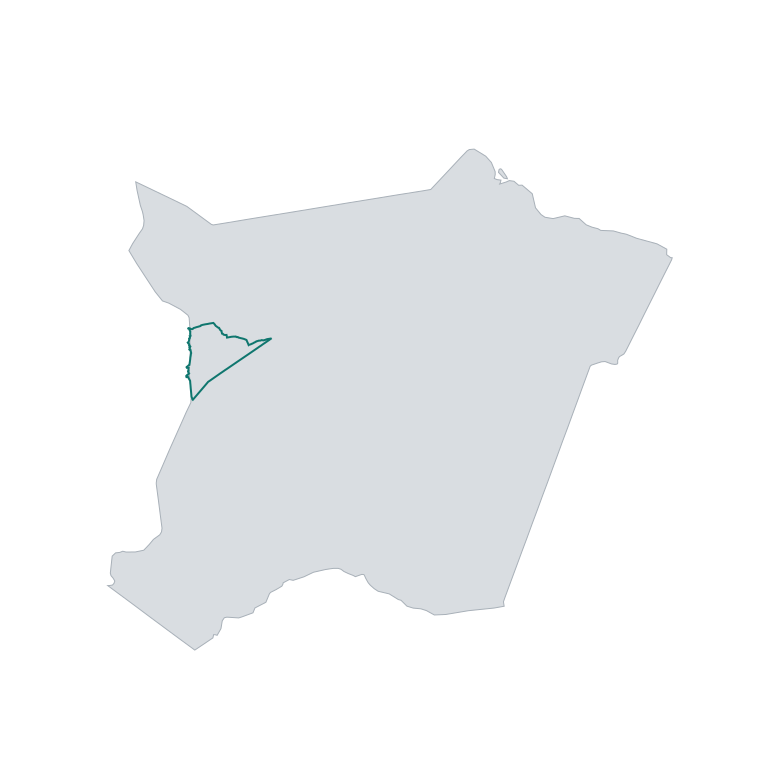 Moyale, Eastern, Kenya shown in context, rotated 261°
{"feature_id": "3690345B29556459221230", "entity_name": "Moyale", "entity_type": "district", "adm_level": 2, "iso_a3": "KEN", "parent_name": "Kenya", "parent_adm1": "Eastern", "projection": "orthographic", "projection_center": [39.031, 2.902], "detail": "fine", "context": "in_parent", "style": "outline", "palette": "teal", "viewbox_px": 768, "rotation_deg": 261, "n_neighbors": 0, "source": "geoboundaries", "source_scale": "gbopen_adm2", "svg_char_len": 7752}
<svg xmlns="http://www.w3.org/2000/svg" viewBox="0 0 768 768"><g transform="rotate(261 384 384)"><path d="M145.7,467.9L145.5,457.7L146.9,431.8L146.7,409.0L148.0,397.6L153.6,390.4L156.2,385.2L158.1,377.8L161.0,371.9L167.7,367.0L168.9,364.4L175.9,356.3L180.2,345.8L183.4,342.3L187.4,339.0L190.2,337.3L194.8,335.6L198.5,334.6L199.1,333.8L199.4,332.1L198.2,325.6L199.8,323.5L202.3,319.2L205.1,315.1L207.7,312.6L209.1,309.9L209.8,305.4L209.9,302.1L209.9,296.9L209.1,284.9L206.1,274.8L204.3,263.6L205.7,259.9L203.4,253.3L202.2,252.9L200.3,251.5L197.8,245.2L196.0,239.6L194.9,238.1L186.9,233.2L183.0,221.5L178.5,218.8L176.2,207.2L175.7,203.9L178.3,192.3L178.1,189.7L175.4,187.2L167.9,184.7L161.9,179.9L162.7,178.2L163.1,176.5L160.0,175.3L150.8,155.5L162.8,143.6L175.0,131.6L190.5,116.4L204.8,102.5L217.1,90.4L228.1,79.6L227.9,81.7L227.9,84.4L229.3,86.1L231.5,87.3L234.6,86.1L237.4,84.4L240.0,84.1L256.5,88.6L259.2,92.5L259.0,96.7L259.7,99.8L258.4,102.9L257.0,112.1L257.4,120.7L262.2,127.0L266.6,132.0L270.1,138.9L272.7,141.1L276.3,142.2L287.6,142.5L304.4,143.0L320.5,143.4L322.0,143.6L325.4,144.6L340.2,154.0L353.8,162.6L365.3,170.1L376.5,177.4L387.3,184.4L395.8,190.3L404.1,192.1L417.6,193.0L426.9,193.2L435.6,195.7L448.4,198.0L458.0,199.2L463.8,200.5L479.9,201.9L482.6,201.1L489.6,194.6L497.6,184.0L500.7,178.2L510.9,172.4L528.9,164.3L541.6,158.6L555.7,152.9L562.1,157.8L571.0,165.8L575.0,169.7L578.2,171.4L583.0,172.6L588.8,172.6L592.0,172.4L598.5,171.3L613.8,170.4L622.5,170.4L615.2,181.0L606.5,193.6L590.3,217.0L578.0,229.2L568.6,238.5L567.8,240.2L567.8,250.5L568.0,275.7L568.2,326.2L568.5,376.6L568.7,427.0L568.7,452.1L568.8,460.6L577.0,471.2L585.0,481.5L595.6,495.1L601.2,502.5L602.2,504.9L601.9,509.8L593.1,520.1L586.0,524.7L576.4,527.0L573.5,526.6L569.7,525.1L568.2,527.6L567.1,531.4L565.0,530.6L563.4,529.5L564.4,536.3L565.3,539.6L563.9,544.1L559.2,548.1L558.8,551.5L548.7,560.2L534.3,561.2L526.8,565.6L523.5,569.1L520.9,576.9L521.8,588.9L517.8,598.0L517.0,602.6L509.6,608.6L506.3,614.1L503.9,619.6L501.8,622.1L499.3,634.5L495.8,642.1L494.9,644.6L494.0,646.8L491.4,651.3L489.6,654.3L488.4,656.3L479.7,675.6L472.9,684.4L467.5,683.4L464.0,686.8L463.6,688.4L461.7,687.5L457.2,684.3L448.1,677.7L438.9,671.1L429.8,664.6L420.6,658.0L411.4,651.4L402.2,644.9L393.1,638.3L383.9,631.7L378.5,627.8L376.1,625.6L374.3,621.0L373.3,619.9L370.9,618.5L368.0,618.1L367.2,617.3L367.2,615.1L368.2,611.9L371.6,605.9L371.9,602.4L371.3,598.3L370.2,591.9L369.3,590.4L363.2,587.0L350.5,579.9L337.7,572.8L325.0,565.7L312.2,558.6L299.5,551.4L286.7,544.3L274.0,537.2L261.2,530.1L248.5,522.9L235.7,515.8L223.0,508.6L210.2,501.5L197.5,494.3L184.8,487.2L172.0,480.0L159.3,472.9L154.5,470.2L150.2,467.9L145.7,467.9ZM569.6,537.5L567.4,538.0L568.6,534.6L575.1,530.2L577.8,531.2L578.3,532.2L578.2,533.1L577.0,534.0L569.6,537.5Z" fill="#d9dde1" stroke="#a8b0b8" stroke-width="1"/><path d="M446.2,268.4L446.3,268.2L446.3,267.9L446.3,267.7L446.4,267.4L446.4,267.0L446.4,266.8L446.4,266.7L446.3,266.4L446.2,266.2L446.2,265.5L446.2,265.4L446.1,265.2L446.1,264.8L446.1,264.6L446.0,264.4L445.9,264.2L445.8,263.9L445.7,263.9L445.6,263.6L445.6,263.4L445.3,262.8L445.2,262.6L445.2,262.4L445.2,262.2L445.0,261.6L444.8,261.3L444.7,260.9L444.6,260.7L444.5,260.4L444.5,260.2L444.4,259.9L444.4,259.6L444.3,259.2L444.2,259.1L444.1,258.9L444.1,258.7L444.0,258.4L444.0,258.2L443.9,257.5L443.9,257.0L443.8,256.8L443.6,256.4L444.9,256.1L446.2,255.8L446.7,255.6L447.7,255.4L448.3,255.2L448.6,255.1L448.8,255.1L449.1,255.0L449.2,254.7L450.0,253.5L450.1,253.2L450.3,252.9L450.6,252.5L450.8,251.8L451.0,251.5L451.9,249.2L452.0,249.0L452.3,248.4L452.4,248.0L452.6,247.6L452.7,247.4L453.0,247.2L453.3,246.9L453.3,246.7L453.3,246.3L453.3,246.1L453.4,245.8L453.5,245.6L453.6,245.4L453.9,245.1L454.1,245.0L454.1,244.9L454.1,244.6L454.4,242.5L454.4,242.2L454.5,240.8L454.5,240.6L454.4,236.5L454.4,236.2L455.1,236.2L455.6,236.2L456.1,236.2L456.4,236.2L456.7,236.1L456.8,236.1L457.1,236.1L457.1,235.6L457.2,235.4L457.2,235.1L457.3,234.6L457.4,234.3L457.5,234.0L457.6,233.8L457.7,233.7L457.8,233.3L457.9,233.2L458.0,233.1L458.3,233.0L458.5,232.9L458.8,232.7L459.0,232.3L459.1,232.1L459.3,232.0L459.3,231.9L459.5,231.9L460.4,231.8L461.4,231.8L461.9,231.8L462.1,231.5L462.2,231.3L462.3,231.2L462.5,231.1L462.9,230.8L463.0,230.7L463.4,230.5L463.5,230.4L463.8,230.4L464.3,230.2L464.5,230.1L464.8,230.0L465.0,230.0L465.2,229.9L465.3,229.8L465.3,229.5L465.3,229.4L465.5,229.2L466.3,228.3L466.8,227.9L467.2,227.5L467.4,227.3L467.6,227.0L467.7,226.9L468.9,226.3L469.1,226.3L469.4,226.1L469.6,226.0L469.8,225.8L470.2,225.6L470.5,225.4L470.8,225.1L471.0,225.0L471.0,224.9L471.0,224.0L471.0,223.3L471.0,222.3L471.0,221.0L470.9,219.6L470.9,218.8L470.9,216.9L470.8,214.3L470.8,214.1L470.7,213.5L470.6,212.8L470.6,212.6L470.5,212.4L470.4,212.2L470.1,212.0L470.0,211.9L469.9,211.5L469.9,211.1L469.8,210.9L469.8,210.5L469.8,210.3L469.6,209.2L469.6,208.6L469.3,206.5L469.2,206.2L469.1,204.9L469.0,204.7L468.9,204.5L468.8,204.3L468.6,204.2L468.3,203.6L468.3,203.4L468.3,203.2L468.2,203.0L468.2,202.8L468.2,202.7L468.4,202.2L468.5,201.9L468.9,201.4L469.1,201.1L469.3,201.0L469.4,200.8L469.4,200.7L469.5,200.4L469.6,200.2L469.8,199.8L469.8,199.7L469.7,199.5L469.6,199.4L469.4,199.3L469.2,199.5L469.0,199.9L468.9,200.0L468.5,200.5L468.3,200.6L468.1,200.6L467.8,200.4L467.6,200.4L467.2,200.5L466.9,200.6L466.4,200.8L466.2,200.9L465.9,200.8L465.6,200.7L465.3,200.7L465.0,200.7L464.7,200.6L464.3,200.5L464.1,200.5L464.0,200.4L463.7,200.3L463.4,200.4L462.7,200.4L462.2,200.5L461.8,200.5L461.7,200.4L461.6,200.0L461.6,199.7L461.1,199.8L460.9,199.8L460.6,199.7L460.1,199.5L459.7,199.2L459.4,199.2L459.3,198.8L459.3,198.6L459.2,198.6L458.8,198.6L458.7,198.5L458.4,198.5L458.1,198.5L457.8,198.4L457.4,198.2L456.7,197.9L456.2,197.5L456.1,197.3L455.8,197.1L455.7,196.9L455.6,196.7L455.4,196.8L455.2,196.8L455.0,197.0L455.0,197.3L454.9,197.3L454.7,197.3L454.7,197.5L454.3,197.5L454.1,197.6L453.8,197.8L453.6,197.9L453.3,197.8L453.0,197.7L452.9,197.6L452.5,197.5L452.2,197.8L451.6,197.8L451.6,198.5L451.4,198.6L451.2,198.4L451.1,198.2L450.8,198.2L450.6,197.7L450.3,197.9L450.0,197.8L449.8,197.8L449.4,197.7L449.2,197.7L448.9,197.3L448.6,197.4L448.4,197.2L448.3,197.3L447.9,197.6L447.9,197.8L447.9,198.2L446.1,198.3L444.7,198.4L443.9,198.0L442.5,197.6L441.3,197.2L440.8,197.0L438.5,196.4L433.7,194.9L433.3,194.8L433.2,194.4L433.2,194.2L432.0,192.5L431.8,191.8L431.7,191.7L431.3,191.6L430.8,191.9L431.0,192.6L430.6,193.1L430.4,193.5L430.0,193.3L428.8,193.1L427.9,192.9L427.7,193.0L427.5,192.8L427.4,192.6L427.3,192.4L427.1,192.4L427.1,192.5L426.9,192.6L426.8,192.8L425.4,192.7L425.2,192.9L425.1,192.7L424.8,192.5L424.6,192.6L424.4,192.3L424.1,192.3L424.0,192.2L423.9,191.7L423.5,191.0L423.5,190.6L423.0,190.3L422.8,189.9L421.7,190.0L421.6,190.5L421.8,190.6L421.8,190.8L421.8,191.0L421.8,191.3L421.8,191.5L421.4,191.7L420.8,191.8L419.3,192.3L417.4,193.0L415.2,192.8L413.4,192.7L409.8,192.4L406.2,192.2L404.7,192.1L403.2,192.0L402.0,191.9L401.6,191.9L401.0,192.0L399.7,192.3L399.4,192.4L399.2,192.4L398.7,192.4L398.3,192.7L410.5,207.0L413.7,210.7L414.0,211.4L414.3,212.1L418.5,220.7L420.4,224.6L420.7,225.3L422.2,228.4L422.6,229.2L423.3,230.8L429.0,242.8L434.6,254.7L439.5,265.0L440.5,267.0L440.9,268.0L441.9,270.0L442.3,270.8L443.1,272.5L443.4,273.2L443.8,274.0L445.6,277.8L446.2,278.9L446.5,279.6L446.8,280.2L446.7,279.9L446.6,279.6L446.6,279.3L446.6,279.1L446.6,278.7L446.6,277.9L446.6,277.6L446.6,277.2L446.6,276.8L446.6,276.5L446.6,276.2L446.6,275.6L446.5,275.4L446.5,275.1L446.4,274.6L446.3,274.0L446.1,273.4L446.1,272.7L446.0,272.3L445.9,272.1L445.9,271.9L446.0,271.7L446.1,271.3L446.1,271.1L446.3,270.6L446.4,270.4L446.5,270.2L446.3,269.2L446.3,268.8L446.3,268.7L446.2,268.5L446.2,268.4Z" fill="none" stroke="#0f766e" stroke-width="2"/></g></svg>